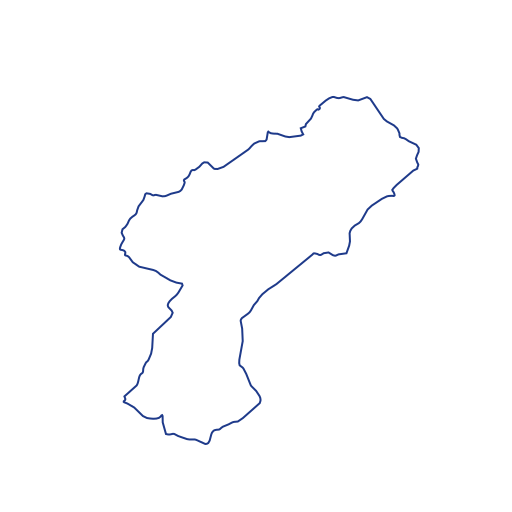 map outline of Takhar (Robinson projection), rotated 51°
{"feature_id": "AFG-1765", "entity_name": "Takhar", "entity_type": "Province", "adm_level": 1, "iso_a3": "AFG", "parent_name": "Afghanistan", "parent_adm1": "", "projection": "robinson", "projection_center": [69.729, 36.705], "detail": "fine", "context": "isolated", "style": "outline", "palette": "blue", "viewbox_px": 512, "rotation_deg": 51, "n_neighbors": 0, "source": "natural_earth", "source_scale": "10m", "svg_char_len": 4028}
<svg xmlns="http://www.w3.org/2000/svg" viewBox="0 0 512 512"><g transform="rotate(51 256 256)"><path d="M270.4,61.4L274.6,61.6L277.4,64.1L279.1,67.5L281.0,70.5L284.7,71.8L287.0,72.3L287.9,73.3L288.6,74.8L289.6,75.7L289.6,75.9L288.6,80.0L289.3,102.0L289.8,106.3L290.4,108.5L291.4,108.8L293.0,108.9L294.5,109.3L296.0,110.0L296.2,110.6L295.9,111.4L294.9,112.3L293.0,114.9L292.1,116.6L290.8,122.2L289.7,134.3L290.1,140.0L294.2,150.3L295.0,153.0L295.2,155.3L294.5,160.1L294.8,164.3L295.8,166.9L297.2,168.9L303.8,173.8L306.6,177.1L310.8,184.0L306.7,190.8L305.9,193.9L305.2,194.7L303.8,195.7L298.9,197.4L296.4,201.7L296.3,202.9L296.0,204.8L295.6,205.6L294.6,206.4L293.1,207.0L290.9,208.7L290.2,209.7L290.4,211.3L290.7,257.9L289.6,267.3L289.7,275.1L290.6,280.1L291.9,283.4L292.8,288.6L295.1,294.2L295.7,296.4L295.8,298.4L295.4,306.0L295.9,307.7L296.7,308.7L303.8,312.5L313.8,319.9L326.1,334.2L328.7,336.5L330.7,337.5L334.3,336.6L335.6,336.6L341.5,337.8L353.1,341.4L354.3,341.5L361.0,340.8L367.1,341.4L369.0,342.0L370.5,342.9L371.3,343.6L372.7,345.7L373.7,368.2L373.2,374.3L371.2,377.3L370.7,378.3L370.3,379.6L369.6,383.2L367.8,389.2L367.7,391.0L367.8,393.0L367.6,394.0L366.1,396.2L365.2,398.1L365.2,399.7L365.6,401.4L366.5,403.0L370.3,408.2L371.3,410.8L371.0,412.4L370.2,413.7L361.2,418.2L360.1,419.0L356.8,423.1L354.8,424.9L347.1,429.7L343.1,431.4L342.5,431.8L341.9,432.5L340.8,434.7L340.1,435.8L339.4,436.6L337.7,438.0L326.6,433.2L321.6,429.3L320.6,429.1L320.4,429.8L320.8,431.4L320.7,433.4L319.6,435.8L317.9,438.2L315.5,440.7L313.3,442.7L309.2,444.6L297.1,446.0L289.7,448.8L286.7,450.5L286.1,450.6L285.7,450.2L285.6,448.7L285.4,448.1L285.1,447.7L284.6,447.4L282.3,446.6L281.5,430.2L280.7,428.4L279.3,426.4L276.7,423.1L275.7,421.4L275.3,419.8L275.4,418.3L275.4,417.9L275.2,417.3L274.8,416.6L274.1,415.9L272.7,414.6L271.7,413.2L269.9,409.3L269.5,408.2L269.5,407.6L269.5,406.4L269.3,405.8L269.0,404.8L265.9,399.0L262.2,394.6L251.6,385.0L249.8,360.6L247.7,356.5L245.3,355.9L240.8,356.3L240.2,356.2L239.6,356.0L238.8,355.6L238.1,354.8L237.4,353.5L236.8,351.5L236.4,348.3L236.4,344.0L236.2,341.9L235.6,339.4L232.7,331.6L230.9,330.9L226.6,334.6L221.0,337.9L210.3,342.0L207.5,342.4L204.7,343.2L202.3,344.6L190.8,353.5L183.3,355.7L177.1,355.4L175.6,355.7L174.4,356.3L173.7,356.9L173.1,357.2L172.7,357.1L172.2,356.7L171.4,355.6L170.6,355.1L169.1,355.1L168.2,355.5L167.3,356.1L165.9,357.3L165.3,357.5L164.7,357.2L163.8,356.2L162.2,353.5L161.4,351.5L160.3,348.5L159.7,347.5L158.6,346.9L156.3,346.6L153.4,345.8L151.2,342.9L151.2,339.5L150.8,337.8L150.1,335.5L148.5,332.4L147.8,330.2L147.7,327.3L147.9,325.2L147.9,323.3L147.3,321.6L145.7,319.6L143.5,316.0L141.6,308.3L139.8,305.3L138.3,303.2L138.3,302.3L138.4,301.6L141.2,299.1L143.3,298.3L144.1,297.8L144.5,297.3L144.7,296.8L144.9,296.2L145.3,295.6L145.7,295.1L150.8,291.1L151.5,290.1L152.2,289.1L152.8,287.6L154.1,282.9L157.5,275.7L157.8,273.9L157.6,271.9L155.6,267.6L154.4,265.7L154.0,265.2L153.5,264.9L153.1,264.8L152.3,264.7L151.7,264.3L151.4,263.5L151.7,261.6L151.8,260.0L151.6,258.3L150.8,256.3L149.3,253.6L149.2,253.2L149.0,252.3L149.1,251.7L149.3,251.2L150.5,249.8L150.8,248.4L151.0,243.9L150.3,239.5L150.5,238.1L150.6,237.3L153.0,234.7L161.1,233.8L161.6,233.7L162.3,233.3L164.2,231.1L166.3,225.1L168.4,195.2L168.3,193.5L167.8,190.6L167.6,188.6L167.5,186.6L168.8,181.6L169.2,180.8L172.5,176.6L172.4,175.3L172.1,174.4L167.3,169.0L167.1,168.2L167.7,168.1L169.8,167.3L171.7,165.6L174.5,162.4L181.6,158.0L184.6,155.3L190.6,145.5L191.2,142.8L187.9,142.1L184.9,140.8L186.4,136.1L184.9,134.2L183.8,126.8L182.3,123.7L181.4,122.2L180.8,120.4L180.6,118.4L180.5,116.4L180.7,115.8L181.2,115.6L181.6,115.3L181.7,114.1L181.2,113.2L179.5,112.8L179.2,112.0L179.1,103.9L179.5,99.9L180.5,96.6L181.4,95.4L184.0,93.7L185.3,92.5L186.0,91.4L187.1,88.8L187.7,87.8L195.6,82.3L199.4,78.7L202.4,69.8L205.9,68.3L229.9,70.4L233.8,69.6L241.3,66.6L245.6,66.0L247.0,66.2L250.9,67.3L252.2,68.3L254.1,69.2L255.9,68.3L257.7,66.8L259.5,66.0L263.0,65.0L270.4,61.4Z" fill="none" stroke="#1e3a8a" stroke-width="2"/></g></svg>